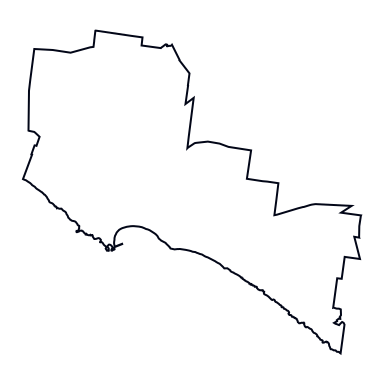 Warrnambool, Australia (Equal Earth projection)
{"feature_id": "25037944B46822546280655", "entity_name": "Warrnambool", "entity_type": "district", "adm_level": 2, "iso_a3": "AUS", "parent_name": "Australia", "parent_adm1": "", "projection": "equal_earth", "projection_center": [142.516, -38.378], "detail": "fine", "context": "isolated", "style": "outline", "palette": "ink", "viewbox_px": 384, "rotation_deg": 0, "n_neighbors": 0, "source": "geoboundaries", "source_scale": "gbopen_adm2", "svg_char_len": 5895}
<svg xmlns="http://www.w3.org/2000/svg" viewBox="0 0 384 384"><path d="M23.0,179.1L24.0,179.6L26.0,180.3L28.0,181.7L30.1,183.0L31.6,184.4L32.1,185.1L34.8,186.8L36.2,188.4L37.6,189.4L38.5,189.9L41.3,191.9L42.1,192.3L42.7,193.1L43.3,193.4L44.1,194.5L44.9,194.8L46.1,196.2L47.0,197.3L47.5,198.5L48.6,200.0L49.0,200.8L49.1,201.3L49.4,201.9L50.1,202.5L52.4,203.4L53.1,204.0L53.6,204.6L54.2,205.1L54.4,205.8L55.1,206.1L55.4,206.7L56.1,206.6L56.5,207.0L56.7,207.8L56.9,208.3L57.6,208.0L59.2,208.7L60.2,208.8L60.9,208.6L61.5,208.7L63.0,210.4L65.3,211.8L66.0,212.6L66.6,214.3L67.6,215.6L68.2,217.4L68.4,217.8L69.2,218.4L70.1,219.6L70.8,219.9L71.3,220.4L72.1,220.8L73.4,221.0L74.9,221.4L75.7,221.9L77.4,224.1L77.6,224.8L77.9,225.1L78.5,225.6L79.0,225.7L79.3,226.1L79.1,227.6L79.2,228.3L78.7,229.3L78.6,230.6L78.3,230.9L77.3,230.9L77.0,231.3L76.5,231.1L76.4,231.4L76.6,232.1L76.9,232.2L79.0,231.5L80.0,230.7L81.8,230.6L82.2,231.1L83.0,231.3L83.9,232.5L84.9,233.6L85.3,233.7L86.3,233.7L86.4,233.8L86.0,234.1L85.9,234.6L87.5,234.9L88.4,235.2L89.4,235.3L90.3,234.8L90.8,235.5L91.4,235.4L91.9,235.0L92.3,235.0L92.7,235.6L92.7,235.9L92.9,236.9L93.7,238.0L94.0,238.7L94.4,239.0L96.0,238.9L98.0,238.2L98.5,238.1L99.3,238.3L99.9,238.7L100.0,238.9L100.7,239.6L100.9,239.9L100.7,240.9L100.1,241.8L100.1,242.2L100.6,242.3L101.0,242.1L101.6,242.0L102.9,243.2L103.7,244.6L104.6,245.5L105.1,245.9L106.0,246.5L106.3,247.2L105.7,248.6L105.8,248.8L106.3,249.6L106.8,250.2L106.9,250.6L107.6,250.7L107.9,250.4L108.5,250.8L108.8,250.7L108.8,249.8L108.6,249.3L108.7,248.4L107.9,247.5L107.6,246.5L107.8,245.8L108.8,244.7L109.5,244.6L110.2,244.8L111.0,245.3L112.3,246.7L112.5,247.4L112.5,247.6L111.3,250.1L111.5,250.6L112.1,250.7L113.0,250.0L114.2,249.6L114.5,249.4L114.6,249.2L114.4,248.6L114.1,248.4L113.9,248.2L114.6,247.1L122.2,244.1L122.1,243.8L114.8,246.7L114.1,243.8L114.1,242.1L114.4,240.2L114.5,239.4L114.5,238.1L115.1,235.7L115.8,234.5L116.6,232.7L117.4,231.7L119.2,229.8L120.9,228.8L122.4,228.1L126.8,226.8L131.0,226.2L133.5,226.1L139.0,226.6L141.9,227.2L144.4,228.2L146.0,229.0L147.7,229.4L149.6,230.2L154.3,233.2L155.8,234.3L157.5,236.1L158.7,238.4L159.3,239.0L160.5,239.9L161.0,240.5L165.6,242.9L166.1,243.6L169.2,246.6L169.3,246.9L169.7,247.1L169.9,247.4L170.0,247.7L170.5,248.5L174.6,249.4L177.0,249.1L180.0,249.0L185.9,249.9L189.2,250.6L191.1,251.1L192.5,251.7L195.5,252.1L196.5,252.7L198.9,253.5L199.3,253.8L202.0,254.5L204.9,256.3L206.5,257.0L207.6,257.3L215.5,261.4L216.1,261.9L218.0,263.0L219.7,263.8L223.1,267.0L224.3,268.4L227.4,268.3L230.3,270.4L230.6,271.3L232.5,272.3L233.6,272.6L234.2,273.2L237.3,274.7L239.5,276.0L239.9,276.4L240.2,276.5L240.6,276.9L240.8,277.3L241.5,277.4L241.5,277.7L241.9,277.8L242.0,278.1L242.1,278.3L242.6,278.4L242.6,278.8L242.8,279.0L243.3,279.2L243.8,279.7L244.6,280.0L245.0,280.6L245.5,280.8L246.5,281.5L247.6,281.8L248.1,282.3L249.1,282.9L249.5,283.3L249.4,283.7L250.0,283.9L250.3,284.3L250.7,284.2L251.0,283.9L251.5,284.0L251.7,284.4L251.4,284.8L251.8,284.9L252.1,285.1L252.9,285.2L253.0,285.5L253.6,285.5L254.4,285.9L254.6,286.6L254.9,286.8L255.2,286.5L256.6,286.8L256.9,287.1L256.9,288.0L258.3,289.5L260.1,290.3L260.7,290.2L261.6,290.4L262.0,290.1L262.3,290.1L262.9,290.3L263.0,290.6L263.1,291.3L263.3,291.5L264.2,291.7L264.2,291.9L264.0,292.1L263.9,293.3L264.1,293.9L264.3,294.2L267.0,295.5L268.5,296.6L271.6,299.7L272.4,300.0L273.3,299.5L274.0,299.7L274.5,300.0L274.9,300.6L274.9,301.0L275.6,301.9L276.8,302.3L277.3,302.8L277.8,303.1L278.9,303.9L279.7,304.8L281.0,305.4L281.5,305.9L281.5,306.9L281.7,307.1L282.0,307.3L282.9,307.2L283.4,307.4L284.1,308.8L284.6,308.8L286.2,309.7L286.8,310.4L288.1,310.9L288.7,311.6L289.1,312.3L289.1,312.6L288.9,312.8L288.9,313.6L288.6,313.7L288.8,314.4L289.5,315.0L290.5,315.0L291.3,315.3L291.5,315.9L291.9,316.2L292.0,316.7L292.9,316.7L293.2,317.1L293.7,317.1L294.1,317.3L294.4,317.9L294.8,318.1L295.3,318.0L295.5,318.3L296.4,318.7L296.6,318.8L296.6,319.4L297.4,320.3L297.9,322.2L298.2,322.4L298.6,322.6L299.0,323.2L299.8,323.3L301.4,322.8L302.0,322.7L302.8,322.9L303.8,322.6L304.3,323.2L304.1,324.3L304.2,324.6L304.5,325.2L304.8,326.2L305.4,326.9L306.0,327.3L306.3,327.3L307.0,326.9L307.9,327.2L309.8,328.6L310.9,329.0L311.6,329.5L312.0,330.1L312.3,330.9L313.4,332.4L314.2,333.0L315.2,333.3L316.7,334.5L317.4,335.7L317.5,336.0L317.2,336.2L317.2,336.3L318.1,336.7L318.6,337.5L319.6,338.3L320.4,339.7L322.1,340.2L322.5,340.5L322.7,340.8L322.5,342.3L322.6,342.5L322.9,342.7L323.9,342.6L326.2,341.6L326.6,341.7L326.9,342.1L327.1,341.9L327.5,342.0L328.7,343.3L328.9,343.7L329.3,346.0L329.8,346.8L330.5,348.9L330.7,349.2L331.5,349.2L332.7,349.7L333.6,350.3L335.6,350.4L336.8,351.7L337.1,351.8L338.9,351.9L339.9,352.9L340.6,353.4L344.5,324.6L343.6,322.8L342.1,322.0L340.5,323.5L339.1,325.1L336.6,324.1L335.5,323.8L334.1,322.9L337.1,321.2L336.8,320.2L338.7,318.7L340.3,318.9L340.2,317.5L339.8,317.0L341.0,315.2L340.8,309.4L339.1,308.7L336.5,308.6L333.5,307.6L333.2,307.7L337.2,278.3L341.7,278.8L344.7,256.9L360.0,259.0L354.3,236.8L359.2,237.6L359.1,237.3L359.3,226.1L360.9,215.6L361.0,215.4L341.1,212.7L351.6,205.9L317.6,204.2L315.4,204.1L311.9,204.6L310.2,205.0L303.7,207.0L303.1,207.0L298.1,208.3L276.9,214.7L274.4,215.2L276.4,199.7L278.4,183.2L267.3,181.6L262.6,181.2L246.9,178.8L251.1,150.4L228.5,146.9L219.6,143.6L207.9,141.6L195.9,142.9L194.6,143.2L188.0,147.6L187.4,148.2L188.8,136.3L193.7,97.9L185.5,104.0L188.1,85.6L187.9,85.5L189.5,73.4L179.4,60.3L179.6,60.0L172.0,44.8L171.7,45.2L171.1,45.6L170.3,45.9L169.1,45.9L167.1,46.3L166.9,46.2L166.8,45.6L167.1,44.7L166.3,44.4L165.6,44.4L162.6,46.7L161.3,47.6L160.9,48.1L141.6,45.5L142.5,37.4L131.6,35.9L95.7,30.6L95.4,30.7L94.2,40.7L94.2,41.2L93.5,46.9L90.3,47.3L70.6,52.7L52.8,50.0L34.3,49.0L30.3,79.7L29.0,90.7L28.5,130.6L29.2,130.9L34.2,131.9L35.1,132.6L39.6,136.8L36.5,145.8L35.8,145.5L34.6,145.4L31.4,154.4L32.1,154.6L23.0,179.1Z" fill="none" stroke="#020617" stroke-width="2"/></svg>